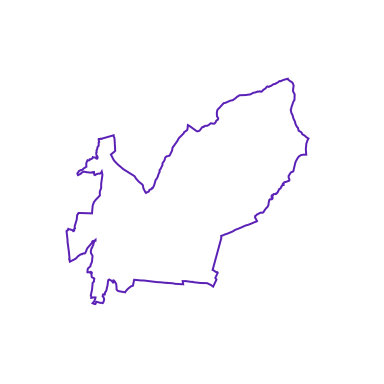 the district of Cosula, Botosani, Romania, rotated 240°
{"feature_id": "2599482B64226184925060", "entity_name": "Cosula", "entity_type": "district", "adm_level": 2, "iso_a3": "ROU", "parent_name": "Romania", "parent_adm1": "Botosani", "projection": "equal_earth", "projection_center": [26.776, 47.6], "detail": "fine", "context": "isolated", "style": "outline", "palette": "violet", "viewbox_px": 384, "rotation_deg": 240, "n_neighbors": 0, "source": "geoboundaries", "source_scale": "gbopen_adm2", "svg_char_len": 6016}
<svg xmlns="http://www.w3.org/2000/svg" viewBox="0 0 384 384"><g transform="rotate(240 192 192)"><path d="M252.0,221.9L248.9,219.7L248.0,218.6L247.7,215.0L246.9,214.0L245.4,208.2L244.9,207.0L243.3,204.4L240.1,197.3L237.8,195.4L234.8,190.9L235.0,189.3L235.6,187.8L235.3,186.2L233.4,184.2L232.4,182.6L232.0,181.4L231.5,180.7L229.9,179.7L229.5,178.9L227.9,176.7L227.1,174.8L226.6,174.6L226.4,174.3L225.9,174.2L225.3,173.7L225.0,173.0L223.5,171.1L223.0,170.8L221.3,168.4L220.5,166.4L217.4,163.3L216.2,161.8L215.1,159.9L215.4,159.6L215.3,159.1L214.9,159.0L214.8,157.7L215.1,156.9L215.1,156.2L214.0,154.8L214.2,153.0L214.5,152.4L214.2,151.7L214.8,151.5L219.4,151.7L222.1,152.7L223.1,152.8L227.8,151.0L231.8,150.2L233.9,150.2L234.7,150.0L246.2,143.9L253.3,141.4L257.4,140.4L259.1,140.2L265.0,140.5L265.8,145.5L266.1,146.1L276.6,151.4L278.0,151.9L279.2,152.0L280.3,152.5L283.3,140.5L283.5,140.2L283.3,140.1L284.5,137.7L283.8,137.2L281.7,136.6L281.3,135.7L280.0,135.1L279.5,134.6L278.7,134.3L278.1,132.6L276.3,131.1L275.7,130.0L274.2,129.4L273.9,128.7L273.6,128.5L271.8,127.7L269.8,127.8L268.9,127.4L268.3,126.7L268.3,126.3L268.8,125.9L269.5,125.7L270.1,125.8L270.9,124.4L271.8,123.5L271.2,122.9L270.9,122.1L271.1,120.4L271.5,119.7L270.8,119.0L271.1,118.0L271.4,117.6L271.7,117.4L270.9,116.2L269.5,114.6L266.7,113.2L266.5,109.4L266.0,108.6L266.0,108.2L266.4,106.8L266.6,106.6L266.7,104.6L266.3,104.1L265.8,102.7L265.5,102.2L264.9,101.8L263.6,101.7L263.4,104.8L263.9,106.1L263.8,107.9L263.2,109.2L261.6,110.9L260.6,112.4L260.0,113.0L259.2,114.5L258.7,115.1L258.6,115.3L258.9,115.7L258.3,117.1L255.8,116.0L255.1,116.5L255.2,118.2L254.8,120.1L254.1,121.1L253.9,121.8L253.9,122.3L254.9,124.1L251.6,123.0L244.5,117.4L240.8,115.3L239.1,113.1L238.1,112.1L235.2,110.6L234.8,109.8L233.4,104.8L232.2,101.9L229.9,99.2L223.5,94.7L230.5,83.4L230.4,82.6L230.0,82.4L229.5,81.1L228.8,80.5L225.9,78.5L221.0,73.3L220.3,72.8L219.0,72.5L218.8,71.3L218.5,71.0L217.6,70.8L217.3,69.9L217.4,69.6L218.8,69.3L220.3,68.0L221.2,66.8L221.9,66.4L221.0,65.4L220.9,64.9L221.1,64.6L220.9,63.8L212.4,60.1L211.3,59.4L201.1,55.2L195.1,52.4L195.2,52.1L192.7,51.4L192.4,58.0L193.4,61.3L193.6,64.1L193.5,65.3L193.1,65.6L193.2,67.2L192.6,67.9L192.4,68.5L192.6,69.2L193.8,70.9L195.0,72.2L195.7,73.4L197.9,79.6L199.1,81.2L199.1,81.6L198.7,82.6L198.6,83.5L198.8,84.5L198.1,84.1L198.4,83.7L198.3,83.4L197.1,81.3L195.8,80.3L194.5,78.4L193.7,77.7L193.7,77.1L193.4,76.7L191.2,74.7L189.4,73.9L186.8,74.0L186.2,73.8L181.5,70.4L181.0,69.6L180.5,69.1L179.7,67.9L178.5,67.0L177.8,63.7L176.9,62.7L174.8,61.3L174.5,61.5L174.1,62.6L173.7,62.9L173.7,63.3L173.4,63.9L173.6,64.2L173.5,64.4L173.1,64.6L172.8,64.5L172.5,64.9L172.0,64.9L171.8,64.7L171.6,63.8L171.0,63.8L168.7,62.7L167.7,62.9L166.4,64.0L165.8,64.1L164.9,63.2L163.6,62.4L162.9,60.5L158.1,57.1L156.0,55.4L155.0,54.3L154.0,53.6L153.0,52.6L151.7,52.5L150.7,51.8L149.7,54.6L148.9,55.7L147.8,54.7L146.3,52.8L145.4,50.3L143.7,51.6L143.3,52.0L143.3,52.4L144.7,54.2L144.7,54.4L141.8,57.2L140.9,58.7L140.4,59.1L140.5,59.5L141.5,60.9L143.0,62.3L145.1,62.8L146.2,62.4L147.6,63.5L147.8,63.8L147.7,64.1L146.9,64.8L146.8,65.2L148.3,66.3L148.7,66.8L148.9,67.7L150.2,69.3L151.5,70.3L153.6,72.4L155.5,73.7L157.5,75.4L157.6,75.8L157.6,76.6L156.1,77.4L155.4,78.0L153.0,78.4L153.0,78.8L154.6,79.9L154.4,80.1L153.0,80.4L150.2,80.3L147.8,79.3L145.2,77.9L143.6,78.3L143.0,78.7L138.6,83.9L138.8,84.1L140.0,87.3L140.5,89.7L140.8,92.0L140.4,94.0L144.9,98.0L140.4,104.3L139.7,105.7L131.4,116.7L129.7,119.4L125.9,124.6L126.0,124.7L125.5,125.3L122.8,129.4L120.9,131.5L116.5,138.2L119.5,139.4L118.4,141.2L118.3,141.6L114.4,146.6L113.9,147.6L113.7,147.6L113.3,148.0L109.0,153.8L105.5,159.5L101.8,162.0L99.5,163.0L103.9,169.4L105.9,169.2L109.2,173.9L109.9,173.8L110.9,172.6L113.4,171.5L114.2,170.9L137.4,194.3L139.4,195.3L139.0,197.2L138.7,200.0L138.4,200.7L137.5,207.4L137.6,210.5L136.7,216.4L136.2,221.6L135.5,224.2L134.9,228.3L134.6,231.0L134.2,232.8L134.3,233.8L138.7,233.9L139.7,234.9L139.6,235.3L139.7,236.1L140.1,237.1L139.9,237.8L139.9,240.7L139.5,241.6L138.7,242.9L138.8,243.7L140.2,246.4L141.2,249.1L141.2,249.7L142.4,251.6L144.3,253.0L146.4,254.9L146.7,255.9L146.2,256.4L146.2,257.0L145.8,257.5L145.8,258.0L146.7,259.0L147.5,259.2L147.9,258.5L149.0,259.2L149.2,259.9L148.9,260.2L148.8,260.5L149.4,261.7L148.4,263.2L148.3,263.5L148.7,263.9L148.4,264.8L148.7,265.3L148.8,266.0L149.4,266.5L149.7,267.3L150.9,268.9L150.8,270.5L151.7,271.5L151.9,272.4L152.6,272.9L152.7,273.6L152.3,274.9L152.8,275.1L153.5,274.8L153.8,274.9L153.9,276.1L154.3,276.9L153.6,279.0L153.6,279.8L153.2,281.5L153.3,282.0L153.9,282.5L156.1,282.9L157.5,283.6L159.5,287.3L159.2,290.0L165.5,295.9L166.6,297.2L168.8,300.9L169.4,302.7L169.4,305.1L168.5,307.4L167.2,309.6L172.2,312.0L176.7,315.2L178.9,317.7L180.1,319.6L182.4,318.4L184.4,317.8L186.6,316.6L187.2,316.4L188.6,316.6L189.3,316.4L191.8,315.0L193.7,315.6L195.0,315.8L195.7,315.5L197.8,315.5L200.0,315.8L201.1,316.3L204.9,316.6L208.4,317.5L210.7,317.6L213.8,318.6L214.5,319.5L215.7,320.5L218.9,324.2L220.1,325.8L220.4,326.7L225.2,329.7L228.8,329.9L230.3,330.8L233.1,333.1L235.7,333.7L237.6,333.3L238.2,332.8L240.9,331.6L241.6,331.4L242.2,331.6L243.3,327.3L243.7,323.9L244.1,323.7L244.3,323.0L244.0,321.3L244.1,318.8L243.9,318.4L244.6,316.5L244.4,313.1L244.8,311.9L244.6,311.3L244.8,310.8L245.6,310.2L245.8,309.7L245.6,308.9L245.0,307.7L244.8,304.7L244.2,303.2L244.2,302.4L244.3,301.9L245.2,301.3L245.6,299.7L246.3,299.0L246.2,298.3L246.6,296.6L247.3,294.5L247.3,291.5L249.2,286.8L252.0,281.6L251.9,278.5L251.5,276.7L251.1,273.3L251.7,271.7L252.0,270.3L252.5,265.6L253.1,263.8L251.7,259.4L251.2,258.1L251.0,256.8L250.2,254.8L248.3,253.2L246.1,252.0L245.0,251.5L243.1,251.6L242.4,251.4L241.7,250.4L241.8,249.6L241.5,248.6L240.5,247.1L240.1,246.0L240.1,245.2L242.2,242.5L241.8,240.9L241.7,238.7L241.8,238.1L242.7,236.6L242.6,235.4L242.8,235.5L242.9,235.3L242.8,234.3L243.0,233.1L241.6,229.9L241.4,229.0L241.4,228.3L241.9,226.9L242.3,226.5L250.7,222.7L252.0,221.9Z" fill="none" stroke="#5b21b6" stroke-width="2"/></g></svg>